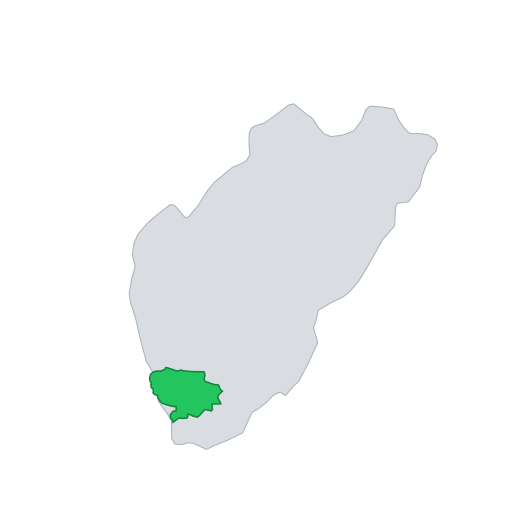 where Ha sits in Bhutan, rotated 306°
{"feature_id": "BTN-2435", "entity_name": "Ha", "entity_type": "District", "adm_level": 1, "iso_a3": "BTN", "parent_name": "Bhutan", "parent_adm1": "", "projection": "orthographic", "projection_center": [89.122, 27.35], "detail": "fine", "context": "in_parent", "style": "filled", "palette": "green", "viewbox_px": 512, "rotation_deg": 306, "n_neighbors": 0, "source": "natural_earth", "source_scale": "10m", "svg_char_len": 2863}
<svg xmlns="http://www.w3.org/2000/svg" viewBox="0 0 512 512"><g transform="rotate(306 256 256)"><path d="M400.6,219.2L400.0,222.2L396.8,230.4L394.8,239.3L396.7,246.5L404.5,254.9L414.7,261.6L427.6,261.8L439.5,258.9L444.2,259.9L451.0,271.2L455.8,281.1L449.8,291.5L446.6,300.6L445.5,307.0L446.3,309.7L450.3,314.8L455.0,323.5L455.8,331.6L453.1,337.1L447.0,339.9L440.4,339.2L435.0,339.5L428.3,340.6L417.7,343.8L408.0,347.9L389.5,347.5L381.9,339.6L378.4,339.7L361.8,350.4L343.5,348.8L310.2,352.8L296.2,353.8L281.9,352.8L274.6,350.7L261.1,343.6L248.8,338.4L236.5,343.4L232.1,344.3L222.2,356.9L200.7,361.2L179.2,364.3L172.8,362.7L160.7,362.0L160.2,359.1L160.5,356.2L157.8,354.0L152.8,351.7L144.4,350.7L133.5,347.6L127.3,344.7L105.2,349.1L92.3,342.5L77.7,333.5L70.4,329.5L67.7,315.5L65.1,311.0L59.4,306.3L56.2,300.7L58.8,295.0L73.3,284.3L74.5,281.8L81.2,262.0L90.5,254.7L99.7,244.7L106.6,228.7L120.0,212.3L134.6,195.5L144.6,181.8L151.3,175.4L165.0,168.5L176.5,164.4L184.4,155.2L193.9,150.1L203.8,147.7L218.4,148.8L232.2,152.0L247.3,156.4L249.1,160.1L247.9,166.6L245.8,173.2L245.7,176.6L248.1,178.4L262.9,179.5L281.0,178.3L291.1,179.0L313.9,184.8L320.5,189.0L327.5,192.2L334.3,191.5L342.7,184.3L351.6,178.2L357.2,177.2L361.2,179.0L368.5,184.6L383.6,189.7L397.0,193.5L401.4,197.2L400.2,213.7L400.6,219.2Z" fill="#d9dde1" stroke="#a8b0b8" stroke-width="1"/><path d="M72.7,286.6L73.7,285.8L74.6,281.9L77.4,279.9L81.6,280.2L84.1,282.3L87.1,279.9L85.2,276.7L83.2,271.5L81.7,266.1L82.4,262.9L83.5,260.1L85.5,258.1L85.1,257.4L84.6,256.2L84.3,254.7L84.9,253.0L86.7,252.1L88.1,250.4L87.8,249.0L89.5,246.9L91.5,246.5L92.2,244.4L93.6,242.6L95.2,241.5L98.4,240.2L99.7,240.5L100.1,240.6L100.6,240.7L101.8,241.2L102.4,241.7L103.5,242.3L105.2,244.0L105.6,245.3L106.7,246.0L106.7,246.7L107.6,247.2L108.1,247.3L108.8,247.6L110.3,248.7L110.6,248.9L111.1,248.9L111.5,248.8L112.0,248.6L112.7,248.6L113.3,249.5L115.5,256.2L115.8,257.8L116.9,260.1L118.3,261.2L119.2,262.1L120.0,262.7L120.4,264.8L121.7,266.8L124.9,272.3L126.8,274.9L131.8,282.1L130.8,283.6L129.3,284.9L128.5,285.3L126.8,285.9L126.1,286.4L125.4,287.2L124.9,288.1L124.6,289.2L125.7,291.5L125.9,293.0L126.9,296.0L127.9,298.8L128.4,299.5L129.3,300.3L129.5,301.0L129.4,302.0L128.3,303.5L127.0,305.9L126.9,308.3L121.4,307.3L118.8,308.4L117.7,310.8L117.4,311.9L115.8,314.3L115.7,314.4L110.3,307.4L106.3,311.0L104.5,310.9L104.1,310.4L103.8,309.2L103.6,308.7L103.4,308.3L103.1,307.8L102.8,307.4L102.6,307.1L102.5,306.6L102.3,305.8L101.9,304.9L93.2,304.0L90.9,303.0L90.7,302.5L90.7,302.1L90.6,301.5L90.3,301.0L89.8,300.1L89.5,299.5L89.4,298.9L89.3,298.4L89.3,298.1L89.3,297.8L89.3,297.5L89.2,297.2L89.0,296.6L88.7,296.1L88.7,295.4L88.2,294.1L87.8,293.9L87.4,294.0L86.7,294.5L86.4,294.8L85.7,295.3L84.4,295.5L81.5,292.2L80.0,289.4L79.4,288.9L78.5,288.4L74.3,287.2L72.7,286.6Z" fill="#22c55e" stroke="#15803d" stroke-width="1.5"/></g></svg>